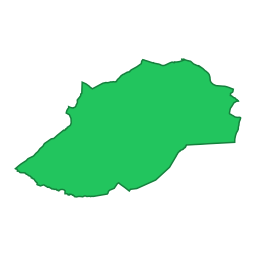 outline of Shai Osudoku, Eastern, Ghana
{"feature_id": "2480657B66464396810782", "entity_name": "Shai Osudoku", "entity_type": "district", "adm_level": 2, "iso_a3": "GHA", "parent_name": "Ghana", "parent_adm1": "Eastern", "projection": "mercator", "projection_center": [0.159, 5.966], "detail": "fine", "context": "isolated", "style": "filled", "palette": "green", "viewbox_px": 256, "rotation_deg": 0, "n_neighbors": 0, "source": "geoboundaries", "source_scale": "gbopen_adm2", "svg_char_len": 5448}
<svg xmlns="http://www.w3.org/2000/svg" viewBox="0 0 256 256"><path d="M235.5,135.6L236.4,132.8L236.8,132.1L237.1,131.7L237.2,131.4L237.5,131.0L237.8,130.3L237.9,129.9L238.1,129.6L238.3,128.8L238.3,127.5L238.6,125.9L238.8,125.5L239.0,124.1L239.0,123.5L239.1,123.0L239.3,121.9L239.5,121.2L240.1,119.9L240.3,119.1L240.5,118.7L240.5,118.4L240.6,118.0L240.5,117.6L239.8,117.4L239.4,117.3L237.6,117.4L236.8,117.3L235.5,117.1L234.7,116.8L234.1,116.4L233.4,115.9L231.7,115.0L231.0,114.5L230.7,114.3L230.0,114.1L229.7,113.8L229.4,113.3L230.0,109.7L230.5,108.2L230.7,107.7L231.5,106.8L233.2,104.0L234.2,102.5L234.7,102.4L235.2,102.1L235.7,101.7L236.5,101.3L237.8,101.1L238.4,101.1L238.3,100.8L237.4,100.2L237.1,99.7L236.8,99.6L236.3,99.5L236.0,99.3L235.7,98.6L235.4,98.3L234.9,98.0L234.5,97.8L233.7,97.7L232.6,96.6L231.5,95.9L231.0,95.6L230.4,95.5L230.6,94.7L230.4,94.1L230.5,93.6L230.9,93.2L232.2,92.4L232.8,91.8L233.3,89.2L230.4,88.1L229.3,87.6L228.8,87.5L227.8,87.1L226.5,86.7L224.8,86.3L223.0,86.2L215.8,85.6L215.4,85.3L215.1,85.3L214.7,85.1L214.3,84.9L214.2,84.8L213.2,84.4L212.6,83.8L212.4,83.6L211.9,83.3L211.0,82.3L210.4,81.0L210.2,80.3L210.2,79.8L210.1,79.5L210.0,78.2L210.0,77.7L209.9,77.4L209.9,77.1L209.6,76.0L209.1,74.5L208.6,73.8L208.2,73.2L207.8,72.9L207.5,72.6L206.2,71.4L205.2,70.8L202.9,68.6L200.6,67.0L200.2,67.0L200.0,66.9L200.0,66.7L200.2,66.8L200.4,66.9L200.2,66.7L199.9,66.5L199.7,66.6L199.6,66.4L199.4,66.1L199.1,66.0L198.7,66.1L198.7,65.9L198.6,65.7L197.2,65.6L194.6,64.4L193.6,64.0L190.6,61.3L187.2,60.5L186.2,60.2L184.9,59.8L184.7,59.5L184.5,59.4L183.6,59.1L182.6,59.3L181.7,59.2L181.7,59.3L182.2,59.6L182.5,59.6L183.0,59.5L183.3,59.4L183.4,59.8L183.1,60.0L183.6,60.2L179.5,61.6L178.6,61.7L178.0,61.9L177.3,61.9L175.9,62.1L174.7,61.9L174.3,62.1L174.4,62.5L174.1,62.7L173.7,62.4L173.6,62.5L172.1,62.1L170.1,62.8L165.0,65.2L163.9,65.5L162.9,65.5L162.2,65.5L161.8,65.3L161.3,65.2L160.0,64.5L159.1,64.2L158.0,63.9L157.3,63.9L156.8,63.7L154.6,63.3L153.7,63.1L153.6,62.8L153.4,62.9L153.2,62.9L151.9,62.6L147.1,61.0L145.0,60.4L144.1,60.0L143.8,60.0L143.3,59.8L142.8,59.7L141.7,61.2L141.3,63.6L140.0,64.6L136.7,66.9L131.2,69.9L129.9,71.1L129.8,71.5L129.1,72.0L128.1,71.9L127.9,72.0L127.5,72.4L126.7,72.4L126.0,72.9L125.7,73.2L125.3,73.3L124.7,73.6L124.4,74.0L124.2,74.1L123.8,74.1L122.7,74.6L121.9,75.2L120.9,75.9L120.6,76.5L119.8,77.2L119.2,78.0L118.3,78.8L117.5,79.5L117.1,80.1L117.0,80.4L116.5,81.2L115.7,81.6L115.8,81.7L115.1,81.9L114.5,81.9L114.2,81.8L113.8,81.8L113.3,81.7L113.1,81.7L112.1,82.0L110.9,81.9L110.3,82.0L109.8,82.2L109.5,82.3L108.8,82.5L108.6,82.5L107.9,82.7L106.8,82.7L105.9,82.5L105.4,82.7L102.9,83.2L92.4,88.8L90.0,87.1L89.2,86.2L86.0,83.9L82.2,82.2L81.8,93.1L81.6,93.5L80.8,94.0L80.6,95.8L80.3,96.3L79.9,96.6L79.6,97.4L79.4,97.6L78.7,98.1L78.3,98.9L77.9,99.1L77.7,99.7L77.2,100.1L77.4,100.7L77.3,102.9L76.7,104.1L76.2,104.9L76.0,105.9L75.0,107.2L72.9,107.9L72.9,108.0L70.6,107.5L68.7,106.7L68.8,107.5L68.7,107.6L68.5,108.1L68.1,108.5L67.4,109.5L66.7,111.0L66.2,113.0L69.4,114.8L71.0,118.5L71.2,123.0L70.3,125.4L67.8,127.1L67.5,127.2L67.3,127.3L67.2,127.8L67.0,128.2L65.8,128.9L65.6,129.1L65.6,129.6L65.5,129.8L65.2,129.9L64.8,130.0L64.5,130.4L64.2,130.5L63.6,130.2L61.9,131.6L57.3,135.3L53.9,138.4L51.2,138.9L44.4,143.6L42.9,146.2L40.0,148.7L37.9,151.6L35.8,153.4L33.6,156.0L28.0,158.7L25.9,160.9L25.3,161.2L21.0,164.0L18.5,166.0L15.4,168.7L15.9,169.0L16.4,168.9L16.8,169.0L17.1,169.6L17.4,169.9L17.4,171.1L18.6,171.1L19.5,172.0L19.9,172.4L20.2,172.6L21.6,172.7L24.9,172.8L25.3,173.4L25.8,173.6L26.0,174.0L26.5,174.3L27.0,174.4L27.6,174.6L28.4,175.6L29.8,175.9L30.1,176.1L30.9,176.8L31.2,177.2L31.4,177.9L32.0,177.7L32.7,178.6L33.9,179.0L35.4,181.2L36.3,182.2L36.7,182.4L37.1,182.8L37.2,183.1L37.2,183.4L37.0,184.3L37.1,184.6L37.3,184.7L37.7,184.9L38.8,185.2L39.9,185.7L40.5,185.9L41.9,185.4L43.6,184.9L44.0,185.0L44.5,185.3L45.5,186.0L46.0,186.1L46.2,186.3L46.9,186.7L47.4,187.2L48.1,187.3L48.6,187.1L48.9,187.3L49.2,187.2L49.7,187.5L50.3,188.0L50.6,188.0L51.0,188.4L51.4,188.5L51.9,189.0L52.3,188.9L52.6,189.0L53.4,189.0L53.8,189.1L54.1,189.4L54.9,189.3L55.3,189.4L56.1,189.3L56.3,189.3L56.6,189.6L56.7,190.0L57.0,190.1L57.6,190.2L58.1,190.6L58.4,190.4L58.9,190.8L59.4,190.2L60.7,189.5L62.4,189.4L64.0,189.8L65.1,190.8L65.0,192.7L65.0,193.7L66.8,193.7L68.1,194.4L68.2,194.9L68.7,194.9L68.6,194.6L69.1,194.5L69.3,194.6L69.3,194.3L69.4,194.2L69.7,194.3L69.9,194.6L70.1,194.5L70.2,194.3L70.6,194.2L71.2,194.3L71.5,194.4L72.0,194.6L72.4,195.1L72.6,195.0L72.8,195.1L73.0,195.0L73.4,195.5L73.6,195.6L74.2,195.9L74.4,196.1L74.4,196.5L74.5,196.6L74.9,196.7L76.5,196.9L78.8,196.4L80.6,196.5L82.8,196.8L83.5,196.4L85.0,195.8L86.9,196.5L88.6,196.3L90.0,196.3L90.8,196.6L91.3,196.3L93.4,196.4L107.3,194.0L107.9,193.2L108.4,191.5L109.6,190.2L114.2,188.3L117.3,183.7L118.7,182.8L120.1,184.1L124.7,187.4L129.3,191.0L130.4,189.3L136.8,188.5L155.7,180.0L169.5,167.3L176.5,155.5L176.4,155.2L177.1,154.4L177.8,153.2L178.0,152.7L178.3,152.5L178.6,152.3L178.7,152.1L178.8,152.0L178.9,151.8L179.3,151.4L179.5,151.3L179.6,151.2L179.8,151.2L179.8,150.9L180.1,150.9L180.3,150.6L180.7,150.3L181.2,150.0L182.7,149.5L183.0,149.3L183.1,149.0L183.4,149.0L183.7,148.6L183.9,148.5L184.2,148.0L184.3,148.0L184.4,147.8L184.8,147.8L185.4,147.3L185.4,146.7L185.6,146.6L185.5,146.4L185.6,146.2L186.1,145.8L186.4,145.0L194.9,144.5L199.4,144.3L208.5,143.7L234.7,142.3L234.8,139.0L235.5,135.6Z" fill="#22c55e" stroke="#15803d" stroke-width="1.5"/></svg>